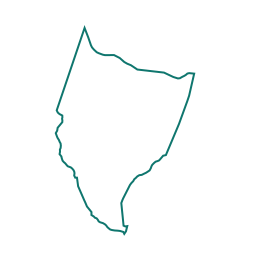 Quixeré, Ceará, Brazil (Mercator projection), rotated 263°
{"feature_id": "56859067B90089990394430", "entity_name": "Quixeré", "entity_type": "district", "adm_level": 2, "iso_a3": "BRA", "parent_name": "Brazil", "parent_adm1": "Ceará", "projection": "mercator", "projection_center": [-37.907, -5.11], "detail": "fine", "context": "isolated", "style": "outline", "palette": "teal", "viewbox_px": 256, "rotation_deg": 263, "n_neighbors": 0, "source": "geoboundaries", "source_scale": "gbopen_adm2", "svg_char_len": 1481}
<svg xmlns="http://www.w3.org/2000/svg" viewBox="0 0 256 256"><g transform="rotate(263 128 128)"><path d="M154.2,59.4L151.9,60.2L150.2,61.7L148.4,64.3L146.7,64.2L145.2,63.7L143.6,63.8L141.8,63.5L136.8,58.2L134.0,57.4L131.7,55.7L128.9,56.3L127.0,56.8L124.4,58.0L122.5,58.5L120.9,59.2L118.7,59.2L116.4,58.7L114.9,57.8L112.6,57.6L110.4,56.9L107.9,58.4L105.9,58.6L103.5,59.1L101.9,60.2L100.6,61.4L99.0,62.4L97.4,63.5L96.6,65.0L95.9,66.4L94.5,67.7L92.8,68.8L91.3,69.3L89.7,69.4L87.3,68.8L85.1,69.6L84.9,71.3L76.2,71.4L74.6,71.9L61.8,75.7L59.3,76.5L55.1,77.7L49.0,81.5L46.1,81.1L44.3,83.3L43.0,84.2L42.2,85.8L40.7,86.8L38.9,87.5L37.8,88.9L36.6,91.6L35.2,93.4L33.9,94.5L32.2,95.4L30.8,96.6L29.4,98.0L28.7,99.6L27.9,102.3L27.4,105.0L26.8,107.5L25.4,110.7L23.4,111.4L25.7,113.4L30.7,115.3L30.6,113.4L31.6,111.7L54.3,112.2L57.0,113.6L58.7,114.6L71.2,123.0L72.9,124.6L74.6,126.7L76.4,128.0L77.5,129.7L78.8,131.3L79.8,133.5L79.8,135.9L80.7,138.4L81.3,140.3L82.2,142.2L83.3,144.3L85.4,145.8L87.1,146.6L88.5,147.6L90.1,149.6L91.2,151.3L91.6,153.5L92.1,155.0L93.7,156.8L96.2,159.5L96.5,162.3L125.8,179.1L147.6,190.2L152.6,192.6L173.9,200.3L175.0,195.4L174.8,193.6L173.6,191.8L172.8,190.0L172.2,188.2L171.1,185.6L171.1,183.6L173.1,179.2L178.6,170.5L184.9,144.4L190.0,138.5L191.9,135.1L194.0,132.3L198.5,128.3L202.1,123.0L203.1,114.1L203.8,112.0L205.8,108.1L207.0,106.2L210.0,103.7L212.4,102.1L214.7,101.3L222.7,99.6L232.6,97.1L154.2,59.4Z" fill="none" stroke="#0f766e" stroke-width="2"/></g></svg>